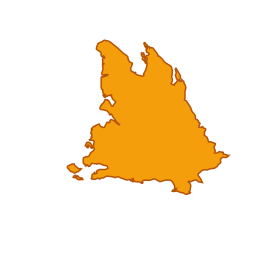 an SVG outline of Sabah, rotated 239°
{"feature_id": "MYS-1186", "entity_name": "Sabah", "entity_type": "State", "adm_level": 1, "iso_a3": "MYS", "parent_name": "Malaysia", "parent_adm1": "", "projection": "mercator", "projection_center": [117.356, 5.751], "detail": "fine", "context": "isolated", "style": "filled", "palette": "amber", "viewbox_px": 256, "rotation_deg": 239, "n_neighbors": 0, "source": "natural_earth", "source_scale": "10m", "svg_char_len": 5918}
<svg xmlns="http://www.w3.org/2000/svg" viewBox="0 0 256 256"><g transform="rotate(239 128 128)"><path d="M95.3,192.1L94.7,192.0L92.8,189.2L92.3,189.1L90.7,191.3L91.0,192.4L89.9,192.9L88.9,192.7L87.8,193.9L87.3,194.0L86.4,193.7L84.9,191.0L84.0,190.9L82.8,189.7L79.1,191.0L74.5,189.9L73.8,191.5L69.8,194.8L69.0,194.5L68.6,194.0L67.8,192.2L66.2,191.5L63.4,191.1L62.8,189.8L62.4,189.4L61.9,189.5L61.3,190.1L60.8,191.5L60.7,194.3L58.9,195.8L58.6,196.8L57.9,197.0L56.8,196.2L54.3,198.7L53.4,198.9L52.6,200.4L52.1,198.8L52.1,197.0L53.9,194.4L54.2,192.4L52.9,190.7L51.1,190.0L50.5,189.5L50.2,186.8L49.1,184.6L49.0,181.2L50.7,177.5L51.2,174.3L52.6,172.6L53.5,169.8L52.5,164.6L51.9,163.9L51.3,163.7L47.0,164.1L42.9,163.7L45.5,160.8L47.8,159.9L49.0,158.9L49.7,154.3L51.1,152.4L50.8,151.8L49.1,152.6L47.5,152.5L45.9,151.9L41.9,148.4L41.9,147.3L41.4,147.2L40.4,148.1L40.1,147.5L40.8,144.7L41.6,143.3L44.4,141.5L45.5,139.9L48.7,137.6L50.2,134.2L51.1,133.3L51.7,134.3L50.2,137.2L51.1,138.5L51.8,136.3L53.3,137.7L54.2,138.1L58.2,138.4L60.7,137.9L62.1,136.7L64.1,133.0L65.3,128.3L65.7,127.6L70.4,124.8L71.1,124.0L71.8,120.0L74.6,115.5L75.2,113.6L74.5,112.2L73.5,112.6L73.2,112.0L73.6,111.2L75.8,110.2L77.9,107.0L78.8,106.2L80.2,105.8L81.9,106.4L82.2,105.9L82.0,104.4L81.4,104.3L79.4,104.8L79.4,104.6L80.7,103.9L81.6,103.0L82.8,103.0L83.2,102.7L83.7,100.9L84.5,99.7L89.9,95.4L91.4,94.5L92.2,91.2L93.6,90.3L97.5,85.3L97.8,84.5L97.9,81.3L98.8,79.8L98.9,77.3L100.2,76.7L100.5,76.0L101.1,72.8L101.6,72.5L102.4,71.2L103.2,70.5L103.7,70.5L104.3,71.7L106.2,72.9L106.5,73.4L107.1,76.6L105.8,76.0L105.2,77.9L107.1,79.0L107.4,79.9L107.2,81.7L106.7,82.9L104.4,86.6L103.8,88.6L104.0,90.1L105.9,90.6L106.8,90.1L108.0,88.5L112.6,84.9L113.0,82.8L113.9,82.2L114.5,81.0L116.1,79.3L116.3,78.7L115.1,75.8L115.1,74.8L115.5,74.3L116.8,74.5L117.5,74.0L117.6,73.7L117.1,73.3L117.0,72.8L117.3,72.0L119.1,72.3L120.5,71.5L122.3,72.3L124.8,73.9L125.3,74.5L125.0,77.4L124.8,77.9L124.2,78.2L124.1,79.9L124.3,80.7L125.9,82.8L126.3,86.4L127.0,88.1L127.6,88.5L130.1,88.6L132.8,91.3L134.3,92.1L135.1,92.0L137.3,88.8L137.7,88.8L137.9,90.7L139.1,91.8L138.8,92.0L138.8,92.5L139.7,92.8L140.8,93.6L141.4,93.7L142.5,93.3L144.0,94.8L144.9,96.5L145.3,96.5L145.6,95.9L146.4,96.5L146.5,97.7L147.1,99.3L146.4,100.5L146.9,101.7L146.2,105.4L144.0,105.2L143.2,105.4L141.1,107.2L140.7,107.9L140.9,108.7L141.9,109.8L142.6,111.6L143.4,112.1L143.6,113.3L143.4,113.8L142.3,114.5L142.2,115.1L142.5,115.8L143.7,116.3L144.0,117.4L143.8,118.1L141.6,119.7L135.9,121.6L134.8,122.8L139.3,121.2L142.5,121.2L145.5,120.8L148.5,121.0L148.8,120.5L148.4,119.4L148.8,119.1L150.5,119.4L153.4,118.9L156.0,116.6L157.4,114.7L158.7,113.9L159.4,114.1L160.9,115.7L161.0,117.0L161.8,117.4L162.1,119.9L164.2,123.0L162.9,124.8L161.3,125.5L160.2,125.5L159.4,125.2L158.6,125.5L155.8,125.2L155.1,125.5L154.5,126.6L155.1,127.2L156.5,130.7L156.8,131.0L161.1,129.6L162.2,130.2L163.4,129.8L164.6,130.9L165.4,130.2L165.2,129.3L166.1,127.5L165.8,126.2L166.5,125.7L168.5,125.5L170.4,124.6L171.4,124.8L173.9,126.1L175.0,125.3L177.1,126.1L185.3,131.2L185.5,131.8L185.4,132.2L184.6,132.8L183.9,136.4L183.7,137.3L184.0,138.2L184.3,138.2L185.6,135.8L185.7,134.1L186.9,133.3L187.8,133.3L188.7,133.9L191.7,137.3L193.7,137.8L194.5,138.4L195.4,140.4L195.9,139.9L196.0,139.2L198.1,140.8L199.9,141.4L200.6,142.4L200.8,143.3L200.0,143.8L200.5,144.2L201.9,144.4L202.5,144.1L202.6,143.5L202.2,142.7L202.8,142.3L203.9,142.3L206.0,143.4L207.4,143.5L210.9,141.8L212.0,141.6L213.4,142.7L215.8,145.7L215.9,147.4L215.4,149.7L215.5,152.9L212.3,156.2L210.5,157.2L202.3,160.2L193.9,162.6L191.3,164.0L189.2,164.5L187.1,163.7L184.3,163.2L181.5,165.1L181.0,165.0L180.5,164.6L177.9,161.1L175.5,160.1L175.1,160.3L174.7,160.2L172.3,162.0L171.9,161.7L171.7,161.9L171.7,163.0L170.0,162.5L168.4,163.5L164.8,167.3L164.7,168.3L166.6,169.6L168.5,172.9L171.1,175.7L173.6,177.7L175.7,178.1L176.5,179.5L177.1,179.9L177.9,180.2L178.0,179.5L178.6,179.3L180.0,179.9L180.6,181.1L179.7,182.8L180.9,184.1L181.3,184.4L183.4,183.0L185.5,183.6L185.3,184.2L187.6,187.0L187.6,187.3L186.7,188.1L185.2,187.7L185.4,188.4L185.2,189.1L183.6,190.6L176.2,191.4L175.2,191.2L174.5,190.7L173.6,191.7L169.5,192.9L165.8,193.2L158.8,196.6L157.8,196.6L153.8,195.4L152.1,193.8L150.7,193.2L150.0,192.0L146.5,191.0L145.5,190.3L143.9,187.8L143.2,187.9L140.9,189.8L141.1,190.2L142.0,190.7L142.2,193.0L143.0,194.2L143.1,194.7L142.5,195.7L141.3,196.6L140.6,197.7L141.9,199.0L141.0,199.1L139.2,199.8L138.1,199.2L136.1,199.2L133.3,198.6L132.3,198.0L129.7,195.3L126.1,193.4L124.4,192.3L123.5,191.1L122.8,191.0L121.1,192.0L112.9,192.2L110.3,191.5L108.5,191.5L105.0,192.1L103.2,191.7L101.6,190.6L100.8,190.5L99.4,191.7L97.7,192.0L96.5,191.5L95.3,192.1ZM120.3,56.5L124.8,55.6L125.9,55.9L126.4,56.6L126.0,61.2L125.5,62.5L124.8,63.4L124.0,63.0L120.0,64.1L118.2,65.2L117.4,66.7L116.9,67.0L116.3,62.5L116.7,61.4L116.8,59.0L118.2,58.3L120.3,56.5ZM145.3,199.6L142.6,197.3L142.5,196.7L142.8,196.2L143.6,195.6L145.2,194.9L149.0,195.9L150.4,197.8L154.0,198.8L154.5,199.9L146.9,199.9L145.3,199.6ZM134.8,82.2L136.7,85.0L136.5,86.4L134.8,87.8L133.6,88.1L130.9,88.0L129.3,87.3L129.3,86.5L129.7,86.2L132.4,85.9L133.7,85.3L133.9,84.6L133.5,84.2L131.9,84.1L131.7,83.5L132.2,82.9L134.0,82.7L134.8,82.2ZM181.5,177.8L182.1,177.0L183.3,177.0L185.5,178.1L185.5,178.4L184.5,178.7L184.3,179.9L183.2,179.0L182.6,179.9L180.9,178.9L179.4,178.6L178.8,178.1L174.2,176.8L174.2,176.5L177.7,176.5L179.1,175.6L180.0,175.8L180.8,177.2L181.5,177.8ZM113.9,55.6L114.5,56.2L114.8,57.3L114.6,58.4L114.2,59.0L113.4,58.2L112.7,58.6L112.5,59.4L112.9,60.2L108.6,61.3L109.5,62.2L108.8,62.9L107.1,62.7L109.3,58.7L112.0,57.7L113.9,55.6ZM188.9,184.6L192.2,185.1L192.7,185.8L192.6,186.4L189.9,186.7L188.9,187.3L188.7,187.2L188.6,186.1L187.9,185.4L187.5,184.7L188.9,184.6ZM168.5,123.4L169.1,123.6L169.2,124.0L169.0,124.4L167.1,125.0L166.1,124.6L166.0,124.3L166.7,123.6L168.5,123.4Z" fill="#f59e0b" stroke="#b45309" stroke-width="1.5"/></g></svg>